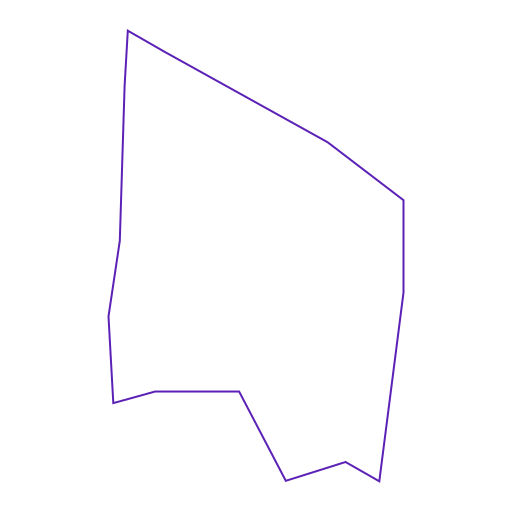 the Municipality of Čair
{"feature_id": "MKD-2913", "entity_name": "Čair", "entity_type": "Municipality", "adm_level": 1, "iso_a3": "MKD", "parent_name": "North Macedonia", "parent_adm1": "", "projection": "natural_earth1", "projection_center": [21.435, 41.994], "detail": "fine", "context": "isolated", "style": "outline", "palette": "violet", "viewbox_px": 512, "rotation_deg": 0, "n_neighbors": 0, "source": "natural_earth", "source_scale": "10m", "svg_char_len": 303}
<svg xmlns="http://www.w3.org/2000/svg" viewBox="0 0 512 512"><path d="M127.8,30.7L164.9,52.0L327.7,142.3L403.5,200.2L403.5,292.5L379.3,481.3L345.5,462.0L285.8,480.8L239.1,391.5L155.2,391.5L113.3,403.1L108.5,316.4L119.8,240.8L124.6,86.0L127.8,30.7Z" fill="none" stroke="#5b21b6" stroke-width="2"/></svg>